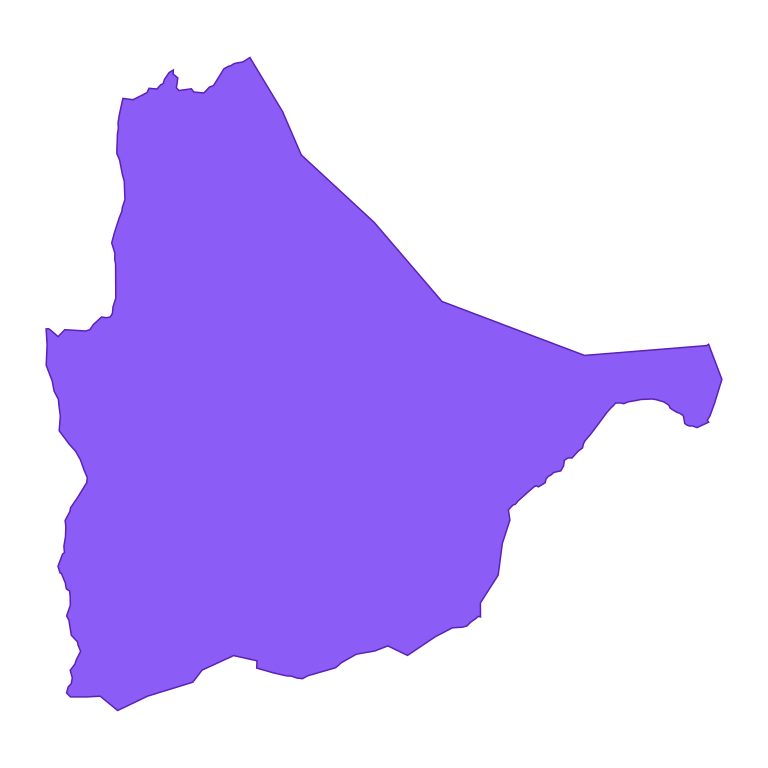 San Pablo Yaganiza, Oaxaca, Mexico (Equal Earth projection)
{"feature_id": "50627088B67315987692410", "entity_name": "San Pablo Yaganiza", "entity_type": "district", "adm_level": 2, "iso_a3": "MEX", "parent_name": "Mexico", "parent_adm1": "Oaxaca", "projection": "equal_earth", "projection_center": [-96.217, 17.128], "detail": "fine", "context": "isolated", "style": "filled", "palette": "violet", "viewbox_px": 768, "rotation_deg": 0, "n_neighbors": 0, "source": "geoboundaries", "source_scale": "gbopen_adm2", "svg_char_len": 2580}
<svg xmlns="http://www.w3.org/2000/svg" viewBox="0 0 768 768"><path d="M122.9,98.4L120.1,111.1L119.2,115.5L118.0,123.1L118.4,127.9L117.4,134.3L117.2,141.8L116.9,147.9L116.9,153.9L117.7,155.5L119.6,160.1L122.3,174.1L124.3,181.6L124.7,194.2L125.0,199.4L122.3,207.5L121.9,211.2L119.3,217.6L114.3,233.1L111.7,242.9L114.9,253.3L114.7,259.4L115.6,264.1L115.8,298.1L113.0,306.9L112.4,313.4L110.2,317.0L106.2,317.7L101.5,317.0L93.5,324.4L89.8,329.7L85.8,331.0L64.8,329.7L58.1,336.6L50.1,329.7L48.4,328.7L46.1,328.9L47.1,344.8L46.2,365.3L52.2,381.0L54.1,391.1L58.4,399.4L58.8,404.2L60.3,416.0L59.2,430.8L69.3,444.3L75.6,451.3L80.4,459.8L84.2,470.4L87.3,477.5L87.1,479.2L86.8,482.5L77.4,497.8L70.6,507.7L69.8,511.7L65.1,520.5L65.8,526.1L65.5,536.4L63.9,546.2L64.4,552.6L62.5,554.2L58.0,566.2L60.0,572.9L61.4,573.5L65.4,583.2L66.3,588.9L69.6,591.0L70.2,596.9L70.3,605.3L66.6,615.9L68.9,620.2L71.3,635.2L77.6,642.0L78.0,644.9L80.6,651.4L76.4,659.6L74.9,664.1L70.2,670.3L72.3,677.9L71.2,683.7L68.2,686.9L66.5,692.9L68.8,695.2L70.5,696.9L87.3,696.9L100.2,696.2L117.6,710.5L147.7,696.1L192.8,682.2L202.1,670.1L220.1,661.8L233.6,655.6L257.0,660.8L256.7,668.1L273.8,673.0L286.7,675.9L291.3,676.1L296.8,678.0L302.5,678.7L307.7,675.8L335.7,667.7L341.4,662.7L356.4,654.2L375.0,650.9L387.8,645.9L407.5,655.4L435.5,636.6L452.4,627.8L462.5,627.2L467.0,625.9L470.6,622.2L475.0,619.1L478.4,616.4L480.5,616.9L480.4,602.9L498.2,575.1L502.3,543.6L509.9,520.1L508.4,509.8L513.0,505.0L515.4,504.2L518.1,500.9L526.8,493.1L534.4,486.5L536.6,485.8L538.4,486.9L545.2,482.7L546.0,479.0L548.3,476.4L551.1,474.9L553.7,472.5L557.4,471.6L560.8,470.9L563.6,465.9L564.4,460.3L568.1,457.9L572.0,458.0L578.1,451.3L582.6,447.8L583.4,443.9L585.0,440.9L587.9,437.4L591.2,433.5L594.5,429.1L598.6,423.7L606.3,413.2L610.5,408.4L613.6,405.4L615.5,403.1L620.4,402.9L623.7,403.7L628.4,401.8L635.7,400.6L640.9,399.5L651.9,399.0L656.0,399.6L663.5,401.8L666.4,403.5L669.1,405.4L669.9,407.8L671.7,409.2L676.6,412.2L679.6,413.2L680.9,414.0L682.8,415.3L683.6,416.8L684.7,423.3L686.2,424.7L689.3,426.0L692.3,425.9L697.0,427.6L708.6,422.2L707.3,420.3L710.0,415.8L714.6,403.1L721.9,379.4L708.6,344.3L706.5,345.6L584.4,355.4L442.0,301.5L374.2,222.4L301.3,155.0L283.3,113.3L283.0,112.3L249.9,57.5L243.0,61.9L238.9,62.6L236.6,63.0L233.9,63.7L230.6,65.8L228.4,66.3L223.9,68.8L213.5,85.6L209.3,87.2L203.9,93.0L193.8,92.0L191.4,88.8L179.0,90.5L176.4,87.9L177.8,77.9L173.1,74.0L173.3,70.0L169.2,72.5L164.5,79.3L163.1,83.6L160.6,84.9L157.0,89.0L149.0,88.3L147.0,92.6L133.1,99.7L122.9,98.4Z" fill="#8b5cf6" stroke="#5b21b6" stroke-width="1.5"/></svg>